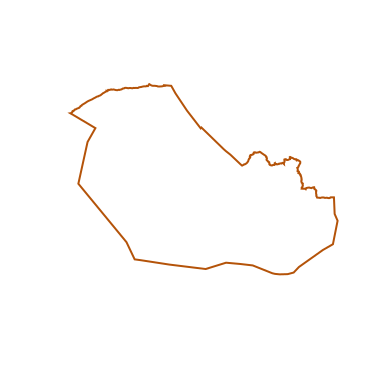 the district of Concepción del Oro, Zacatecas, Mexico, rotated 126°
{"feature_id": "50627088B49626768055823", "entity_name": "Concepción del Oro", "entity_type": "district", "adm_level": 2, "iso_a3": "MEX", "parent_name": "Mexico", "parent_adm1": "Zacatecas", "projection": "albers", "projection_center": [-101.393, 24.45], "detail": "fine", "context": "isolated", "style": "outline", "palette": "amber", "viewbox_px": 384, "rotation_deg": 126, "n_neighbors": 0, "source": "geoboundaries", "source_scale": "gbopen_adm2", "svg_char_len": 5750}
<svg xmlns="http://www.w3.org/2000/svg" viewBox="0 0 384 384"><g transform="rotate(126 192 192)"><path d="M112.9,74.0L113.8,75.3L114.0,75.4L114.6,76.5L115.2,76.9L115.7,76.9L116.3,77.4L116.9,78.3L117.0,78.6L117.3,79.5L118.0,80.2L118.9,81.5L118.9,82.0L119.6,83.1L120.6,84.2L121.3,84.6L121.7,85.2L121.7,85.4L122.4,86.5L123.0,87.5L122.6,88.1L122.4,88.5L122.3,88.9L122.1,89.1L121.7,89.2L121.5,89.4L121.2,89.7L121.2,89.8L120.9,89.9L120.5,90.5L120.2,90.8L119.6,91.2L119.0,91.7L118.6,91.8L118.5,92.0L118.4,92.0L118.2,92.1L117.9,92.5L117.7,92.5L117.6,93.0L117.6,93.4L117.5,93.6L117.5,94.1L117.3,94.7L117.5,94.8L117.1,95.6L116.7,96.0L116.6,95.7L116.4,95.9L118.3,97.6L118.6,97.7L118.6,97.8L118.9,98.2L119.1,98.7L119.3,99.1L119.5,99.8L119.7,100.0L120.1,100.5L120.5,100.9L120.9,101.2L121.6,101.9L121.9,101.9L122.1,101.8L122.9,101.6L122.9,102.0L123.1,102.8L123.7,103.5L124.8,105.2L124.5,105.3L124.4,105.5L124.0,105.8L123.5,105.5L123.2,105.6L122.8,105.9L122.2,105.9L121.9,106.0L121.5,106.4L121.3,106.4L121.0,106.9L120.8,106.9L120.5,107.2L120.2,107.2L120.0,107.3L120.0,108.2L119.9,108.4L120.0,108.6L119.8,108.8L119.6,109.1L119.5,109.5L119.3,109.6L118.8,110.1L118.5,110.1L117.9,110.3L117.6,110.5L117.4,110.9L117.0,111.0L116.7,111.5L116.3,111.7L115.6,112.6L115.2,113.0L115.2,113.4L115.0,113.6L114.8,113.6L114.4,114.0L114.3,114.3L114.5,114.4L114.6,114.5L114.2,115.1L113.8,115.4L113.7,115.6L113.7,115.9L114.2,116.7L114.2,117.0L113.1,117.1L112.8,117.3L112.7,117.9L113.0,118.3L113.2,118.8L113.0,119.0L112.2,119.2L111.8,119.6L111.6,119.7L111.3,119.9L111.0,120.2L110.9,120.6L110.6,121.0L110.3,120.8L110.1,120.7L108.9,120.7L108.8,120.9L108.4,121.0L105.0,121.4L104.0,122.1L103.8,122.4L103.8,123.4L103.9,123.7L103.8,124.2L103.9,124.9L104.1,125.3L104.3,125.4L104.2,125.6L104.2,126.4L104.4,126.4L104.6,126.4L104.4,126.7L104.4,126.9L104.6,127.0L104.5,127.3L104.7,127.6L104.9,127.8L104.9,128.0L105.0,128.1L105.2,128.5L105.3,128.9L105.3,130.3L105.5,131.1L105.9,131.5L105.9,131.9L105.9,132.3L105.8,132.6L105.9,133.1L106.0,133.3L106.3,133.4L106.6,133.0L107.1,132.6L107.4,132.5L107.8,132.1L108.1,132.5L109.1,132.8L109.9,133.5L110.2,133.9L110.4,134.2L110.3,135.0L110.5,135.2L110.4,135.5L111.2,136.3L111.4,136.4L112.3,135.7L112.5,135.3L112.9,135.1L113.1,135.1L113.5,134.8L113.8,134.8L114.2,134.9L114.2,134.7L114.7,134.5L115.0,134.5L115.3,134.2L115.2,135.0L115.0,135.5L115.3,136.0L115.8,136.1L116.5,136.5L116.5,136.8L117.0,137.4L117.4,137.7L117.8,138.1L118.0,138.3L118.4,138.2L118.8,138.7L119.3,139.0L119.5,139.3L119.8,139.6L119.8,139.9L119.7,140.1L120.0,140.4L120.0,140.6L120.1,141.0L120.2,141.3L120.1,141.5L119.8,141.9L120.1,142.0L120.5,141.5L120.9,141.5L121.0,141.4L121.3,141.3L121.6,141.2L121.7,141.4L121.7,141.5L121.9,141.6L122.2,142.0L122.9,142.6L123.3,142.7L124.0,143.6L124.0,144.1L124.3,144.9L124.3,145.1L124.1,145.3L124.0,145.7L123.7,145.7L123.5,146.1L123.4,146.2L123.3,146.4L123.0,146.6L122.8,146.8L122.6,147.0L122.9,147.4L122.9,147.6L122.5,148.2L122.5,148.4L122.6,148.9L122.5,149.1L122.3,149.3L122.3,149.9L122.3,150.1L122.2,150.2L122.2,150.5L121.9,150.8L121.6,150.9L121.4,151.0L120.8,151.1L120.6,151.3L120.5,151.6L119.9,152.3L120.0,152.5L120.1,152.8L119.8,153.2L119.6,153.3L119.4,153.7L119.4,154.2L119.5,154.9L119.6,158.9L119.5,160.1L119.7,160.9L120.0,161.1L120.7,161.3L120.9,161.6L121.2,161.8L121.8,162.5L122.3,162.9L122.8,163.7L122.9,164.1L122.8,164.3L122.9,164.5L123.2,164.8L123.7,165.2L123.9,165.1L124.1,165.1L124.6,165.0L124.6,164.6L124.8,164.5L125.0,164.5L125.5,164.6L125.7,164.9L126.1,165.0L126.4,165.1L126.7,165.5L127.3,165.7L127.3,165.9L127.4,166.1L127.7,166.4L127.8,166.4L128.1,166.4L128.9,166.3L129.2,166.2L129.4,165.6L129.7,165.5L129.7,165.3L130.1,165.2L130.3,165.2L130.4,165.3L130.9,165.2L131.2,165.2L131.3,165.4L131.6,165.4L132.9,165.1L133.9,164.7L134.6,164.6L135.0,164.7L135.7,164.6L136.3,164.7L138.0,165.2L138.3,165.5L138.7,165.6L139.0,166.1L139.6,166.2L141.2,167.0L141.1,168.8L139.3,182.4L139.2,183.6L139.0,188.7L138.7,191.7L134.3,222.3L135.4,222.4L129.1,243.9L121.9,263.4L118.3,271.2L121.8,277.0L122.1,276.4L123.2,277.6L124.1,278.3L126.0,280.6L126.7,281.7L126.9,282.6L127.1,283.0L128.0,284.6L129.2,286.3L129.5,287.0L129.7,287.8L129.9,290.0L131.0,290.0L132.0,289.8L132.3,289.9L132.5,290.3L132.7,290.9L132.8,291.1L133.4,291.2L133.7,291.5L134.1,292.0L134.7,292.9L135.1,293.3L136.2,294.3L136.9,294.8L137.5,295.5L138.0,295.9L138.3,296.3L138.6,296.5L139.3,296.7L139.8,297.1L140.4,298.1L140.9,298.7L141.2,299.2L141.8,299.8L142.1,300.3L142.3,300.7L142.9,301.0L143.2,301.3L144.2,303.2L145.0,304.1L145.5,304.5L146.4,306.4L147.0,307.3L147.5,307.7L147.9,307.8L148.3,308.0L148.8,308.7L149.7,309.1L149.9,309.1L150.0,309.1L150.5,309.5L150.8,309.6L151.5,310.3L152.1,310.7L152.3,311.3L153.5,312.2L154.3,313.5L154.9,315.1L155.2,315.8L155.9,316.5L156.2,316.8L156.4,317.1L156.4,317.4L156.5,317.7L157.3,318.3L157.8,318.5L158.2,319.3L158.7,319.6L158.8,319.9L159.6,320.0L159.7,319.9L159.9,320.2L160.3,320.2L160.4,320.5L160.7,320.2L161.1,320.6L162.3,321.1L164.0,321.8L164.4,322.1L165.5,322.3L166.3,322.6L166.6,322.6L167.5,322.9L168.3,323.3L168.9,323.8L169.8,324.1L170.2,324.6L171.3,325.3L172.0,325.5L173.7,326.4L174.8,326.9L175.6,327.2L179.2,329.3L180.5,329.9L183.0,330.8L185.8,332.0L186.5,332.2L187.2,332.1L187.6,332.5L188.2,332.7L188.5,332.6L190.0,332.7L190.1,332.9L190.7,333.1L192.7,334.4L193.0,334.4L193.8,334.8L194.0,335.2L195.1,335.4L195.5,335.4L196.1,335.4L196.5,335.7L196.6,336.1L197.1,336.2L197.6,335.8L197.9,335.8L198.4,335.9L198.6,336.0L199.3,336.2L199.8,336.7L197.1,307.7L212.9,305.9L252.1,288.8L271.1,215.5L280.2,198.8L277.1,193.0L264.1,167.8L246.3,135.7L229.2,122.9L221.9,110.7L215.7,99.7L210.5,79.2L209.5,76.8L207.1,72.7L202.2,66.3L197.4,62.4L189.8,61.4L161.9,52.0L151.4,47.3L129.7,57.3L125.9,63.7L112.9,74.0Z" fill="none" stroke="#b45309" stroke-width="2"/></g></svg>